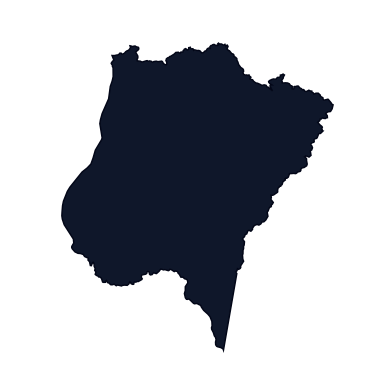 the district of Los Lagos, Neuquén, Argentina, rotated 99°
{"feature_id": "61730980B98633333764723", "entity_name": "Los Lagos", "entity_type": "district", "adm_level": 2, "iso_a3": "ARG", "parent_name": "Argentina", "parent_adm1": "Neuquén", "projection": "albers", "projection_center": [-71.671, -40.754], "detail": "fine", "context": "isolated", "style": "filled", "palette": "ink", "viewbox_px": 384, "rotation_deg": 99, "n_neighbors": 0, "source": "geoboundaries", "source_scale": "gbopen_adm2", "svg_char_len": 5854}
<svg xmlns="http://www.w3.org/2000/svg" viewBox="0 0 384 384"><g transform="rotate(99 192 192)"><path d="M111.2,72.1L110.9,73.3L109.8,73.2L108.8,73.8L107.7,73.4L107.0,73.9L105.5,76.4L103.5,78.7L101.6,77.0L100.0,76.9L99.7,75.8L98.3,74.6L98.7,73.4L98.5,71.6L97.6,70.8L97.4,69.9L95.5,70.3L93.6,72.2L91.7,70.6L90.8,67.8L87.9,66.6L83.8,66.3L83.1,68.0L82.3,68.4L79.2,71.9L79.1,72.3L80.6,75.8L80.1,76.9L78.4,77.5L77.5,80.0L76.3,80.4L74.7,82.7L75.0,85.0L76.3,86.8L75.3,87.5L74.5,89.2L73.6,89.5L73.8,90.5L73.2,92.5L74.8,94.6L74.9,96.3L73.6,97.4L73.4,98.2L73.8,99.0L72.8,100.2L72.3,101.9L70.8,103.5L70.9,104.7L71.6,106.1L71.8,107.4L72.3,107.8L73.9,107.4L74.4,108.0L74.4,109.3L72.0,109.4L71.6,110.1L71.4,111.4L69.9,112.8L69.4,114.6L69.6,117.2L70.0,118.2L70.0,120.1L68.8,120.2L67.5,120.9L65.6,119.8L63.9,119.7L62.0,119.0L61.3,120.5L62.2,121.6L62.7,123.0L63.9,122.8L65.0,123.4L65.5,125.6L67.0,126.4L67.6,127.4L67.6,129.1L68.2,130.5L69.7,132.7L70.8,133.6L71.7,133.3L72.9,131.8L73.7,130.0L73.9,131.2L75.1,131.6L79.6,128.3L76.6,133.0L76.5,134.3L75.0,135.6L74.9,137.5L75.9,139.9L75.3,140.7L74.3,144.3L74.4,145.3L74.1,146.4L73.0,148.5L71.7,149.7L71.3,152.4L70.8,152.6L69.4,151.8L68.3,153.6L67.5,154.0L68.1,155.4L67.8,156.2L68.2,157.0L67.9,159.2L66.2,160.4L64.8,159.9L63.1,160.4L62.3,161.2L61.4,163.3L58.8,165.9L56.5,167.0L54.9,168.2L53.2,168.6L52.0,170.2L51.7,171.8L50.3,171.9L49.3,173.0L49.1,174.4L46.6,177.2L46.6,178.0L45.2,179.8L42.5,179.2L41.4,180.2L42.0,181.1L42.8,181.5L41.0,182.6L42.1,183.7L41.2,186.0L41.5,188.1L40.8,189.1L41.5,189.7L42.6,188.8L43.3,189.4L43.0,190.3L43.5,190.7L43.7,191.3L42.9,192.7L42.8,193.4L43.3,194.6L44.0,195.1L44.4,196.2L45.7,197.0L47.3,196.4L47.1,197.7L47.4,198.4L48.2,199.3L50.4,200.2L50.7,201.2L52.6,202.6L53.0,203.6L53.0,204.3L51.5,206.0L51.2,207.0L51.2,207.9L51.5,209.0L51.2,211.7L51.9,212.5L50.5,213.3L50.4,213.7L50.8,215.3L49.3,216.5L50.0,217.2L50.0,217.8L51.7,217.8L52.4,218.6L52.2,219.7L51.7,220.0L51.4,220.9L52.3,222.0L53.2,222.2L53.7,222.8L55.0,222.8L55.5,223.8L55.4,224.7L56.9,225.6L56.1,227.3L56.7,229.8L58.6,231.2L61.3,234.3L61.7,235.2L62.4,235.5L63.2,236.9L64.4,238.1L66.5,238.3L67.1,237.5L69.3,236.9L70.1,237.0L70.4,237.5L70.3,238.9L69.6,240.3L67.9,241.6L67.5,242.4L68.6,246.0L68.4,247.8L69.1,250.0L70.1,251.4L69.3,252.6L69.2,254.5L69.8,255.7L69.3,256.8L69.5,257.5L71.5,261.7L70.9,263.4L71.0,266.6L69.8,267.0L68.0,266.5L66.2,266.8L62.6,269.6L60.1,267.4L59.3,267.0L58.2,267.1L57.5,267.6L57.3,269.7L56.7,271.1L57.7,274.0L57.3,275.1L57.3,276.1L59.0,275.3L60.6,276.0L62.0,276.9L62.7,278.2L63.8,279.4L65.6,280.5L66.9,282.5L66.9,282.8L66.0,283.6L66.1,284.9L67.4,285.6L67.8,286.4L68.6,287.0L68.5,287.8L69.3,289.7L69.7,292.3L74.0,289.8L75.4,291.0L77.4,291.9L77.8,291.8L79.3,290.4L80.6,290.2L81.5,289.4L90.4,287.9L94.9,288.2L100.5,289.2L113.0,288.9L128.6,293.0L135.0,293.7L138.9,293.7L152.6,289.2L154.5,289.5L165.8,294.0L174.0,295.0L180.2,296.2L184.7,299.3L189.5,303.7L206.3,313.3L210.9,315.2L221.1,317.5L225.9,317.7L232.2,317.2L235.9,316.8L239.1,315.8L244.3,313.1L257.0,301.8L260.9,300.8L264.5,302.2L265.7,302.1L266.8,301.4L269.4,298.3L270.4,295.0L270.2,292.5L270.7,289.6L272.5,288.0L273.6,284.2L274.1,283.9L275.4,284.1L276.9,282.3L280.5,280.9L280.5,279.9L277.3,279.2L276.9,278.4L278.7,277.4L280.9,276.9L282.5,275.7L284.7,275.8L285.9,274.4L288.5,274.7L289.3,273.4L289.7,271.7L290.5,270.9L290.4,269.7L291.0,268.5L291.7,267.8L294.9,266.2L295.1,265.4L294.7,263.3L293.7,263.4L292.8,262.7L294.8,260.9L294.9,259.6L296.1,258.2L296.3,257.5L296.0,255.9L295.2,254.5L296.4,252.2L295.5,251.0L295.8,246.9L295.1,246.0L294.5,244.1L294.3,241.4L292.7,240.0L290.4,239.4L290.8,238.3L291.6,238.2L292.1,237.7L292.5,236.3L292.4,235.6L292.2,235.2L290.4,235.1L289.8,234.6L289.8,233.3L289.0,232.5L288.8,231.0L286.3,227.9L285.5,227.6L284.7,228.4L283.2,228.9L281.8,228.6L280.4,224.9L279.5,224.0L278.1,224.0L277.5,223.5L277.5,221.9L279.8,221.1L280.4,220.2L279.8,218.5L277.6,217.2L278.1,215.7L278.1,214.3L275.4,212.1L273.2,211.0L273.0,210.0L273.4,208.0L272.9,206.6L273.4,203.1L273.0,202.4L271.8,201.8L271.9,200.3L273.4,197.1L272.6,196.0L272.8,194.3L273.2,193.6L274.4,193.0L275.3,191.6L277.8,189.7L277.6,187.4L278.8,185.9L279.1,183.6L280.1,182.6L282.4,181.9L286.6,183.8L290.4,183.2L293.5,183.6L297.5,182.0L298.8,180.7L298.7,179.5L298.2,178.6L298.4,177.8L301.7,173.1L302.0,172.1L301.4,170.0L301.4,169.0L301.8,168.5L302.6,165.7L304.3,164.6L307.1,161.9L310.0,157.4L312.3,154.7L316.7,152.1L321.1,151.2L322.9,151.5L324.5,151.1L327.5,148.9L330.6,147.4L331.8,146.1L334.1,145.1L336.5,145.3L339.2,144.7L340.5,143.5L340.8,142.6L341.2,139.0L342.1,136.8L343.2,136.2L265.5,135.0L264.1,136.4L262.8,135.3L260.6,135.1L261.1,133.8L260.0,132.5L259.0,132.1L257.3,132.4L252.3,130.2L250.4,131.3L246.2,132.3L245.2,132.0L241.5,132.5L240.0,132.2L237.4,132.6L236.3,132.2L232.9,132.4L230.6,134.7L230.1,134.7L227.9,133.2L225.7,132.8L224.8,131.4L221.8,130.8L221.2,130.3L221.0,129.5L221.5,127.7L219.6,126.4L218.3,126.6L215.9,125.5L214.8,124.4L213.8,122.5L214.2,121.3L214.1,120.6L212.8,119.1L210.6,118.1L210.2,116.4L208.2,114.8L204.1,113.2L200.2,114.6L198.9,113.9L195.6,113.2L194.5,112.3L194.3,111.7L193.5,111.4L192.0,111.6L191.4,110.7L189.6,110.1L187.1,112.8L186.2,113.1L185.4,112.7L182.7,113.5L182.7,112.2L182.1,110.9L178.8,107.5L178.2,107.4L177.4,107.9L176.8,107.6L175.1,107.8L173.3,106.5L172.7,106.5L172.4,105.3L171.3,105.0L170.6,104.2L167.7,103.8L165.5,101.7L164.1,102.2L163.7,101.8L163.6,100.5L162.2,99.2L158.7,98.6L157.7,94.5L157.6,92.4L156.7,91.4L155.9,91.1L154.7,88.4L153.8,87.9L152.7,88.2L150.9,87.0L150.3,85.2L148.2,82.9L146.4,82.6L143.0,83.8L141.4,84.0L140.2,85.2L139.6,86.3L138.6,85.3L138.7,83.8L139.2,81.9L137.2,80.2L133.1,81.5L132.5,81.4L131.8,80.4L129.5,79.9L127.7,80.9L126.8,82.0L126.0,82.2L124.8,81.4L123.7,79.4L123.1,79.2L121.1,79.7L120.5,79.4L119.6,77.5L118.9,76.9L114.7,76.0L114.2,75.1L114.1,74.3L111.2,72.1Z" fill="#0f172a" stroke="#020617" stroke-width="1.5"/></g></svg>